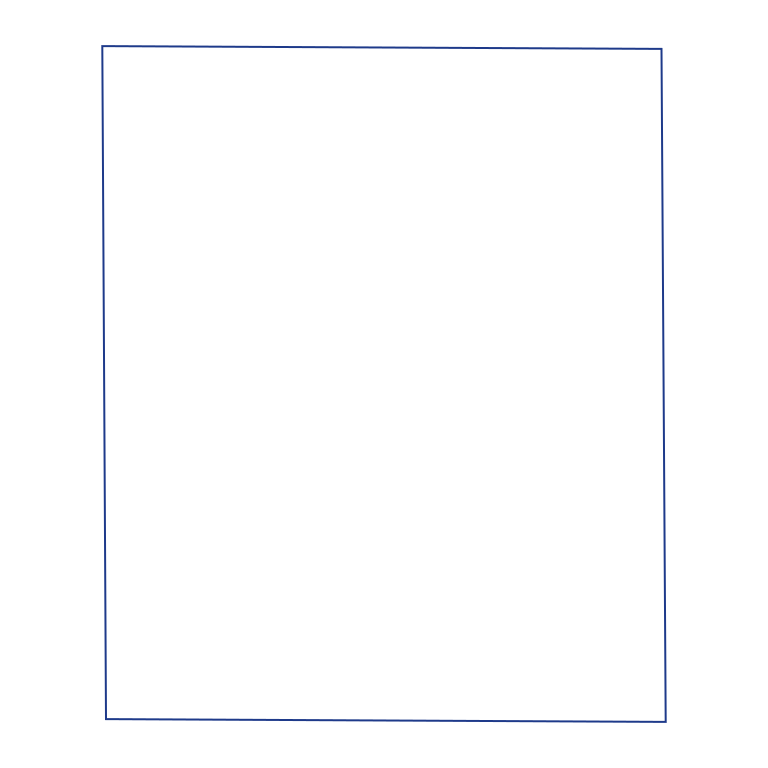 Lane, Kansas, United States of America
{"feature_id": "52423323B53058903446766", "entity_name": "Lane", "entity_type": "district", "adm_level": 2, "iso_a3": "USA", "parent_name": "United States of America", "parent_adm1": "Kansas", "projection": "robinson", "projection_center": [-100.503, 38.481], "detail": "fine", "context": "isolated", "style": "outline", "palette": "blue", "viewbox_px": 768, "rotation_deg": 0, "n_neighbors": 0, "source": "geoboundaries", "source_scale": "gbopen_adm2", "svg_char_len": 196}
<svg xmlns="http://www.w3.org/2000/svg" viewBox="0 0 768 768"><path d="M102.3,46.1L106.0,719.1L386.2,720.5L665.7,721.9L661.5,48.9L102.3,46.1Z" fill="none" stroke="#1e3a8a" stroke-width="2"/></svg>